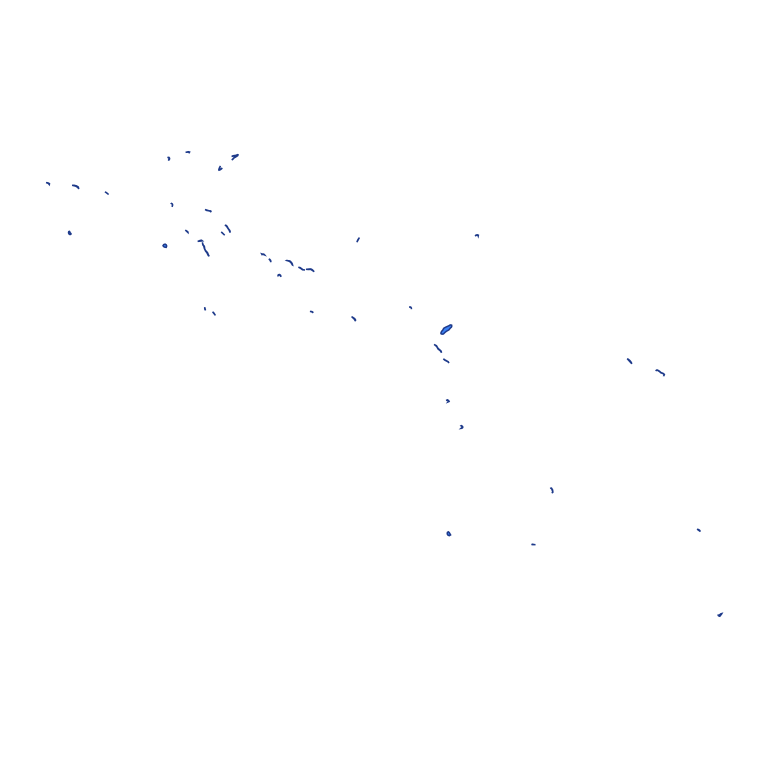 outline of Tuamotu-Gambier
{"feature_id": "PYF-4965", "entity_name": "Tuamotu-Gambier", "entity_type": "state/province", "adm_level": 1, "iso_a3": "PYF", "parent_name": "French Polynesia", "parent_adm1": "", "projection": "albers", "projection_center": [-142.294, -18.652], "detail": "fine", "context": "isolated", "style": "filled", "palette": "blue", "viewbox_px": 768, "rotation_deg": 0, "n_neighbors": 0, "source": "natural_earth", "source_scale": "10m", "svg_char_len": 5087}
<svg xmlns="http://www.w3.org/2000/svg" viewBox="0 0 768 768"><path d="M448.9,329.9L446.4,331.3L444.9,332.5L443.5,333.9L443.0,334.1L442.2,334.1L441.4,334.0L441.0,333.7L440.9,333.1L441.1,332.4L441.7,331.2L442.7,330.2L443.7,328.3L445.6,327.2L449.2,325.6L450.2,324.9L451.6,325.1L451.8,326.1L451.4,327.2L450.4,328.0L448.9,329.9ZM447.4,532.4L448.3,531.8L449.2,532.5L450.6,534.9L449.3,535.7L448.0,535.2L447.2,533.9L447.4,532.4ZM163.7,244.6L165.1,244.1L166.2,244.8L166.7,246.0L166.2,247.4L164.8,247.2L163.6,246.6L163.0,245.7L163.7,244.6ZM209.3,256.2L208.3,255.6L206.8,252.6L205.6,251.2L204.4,248.7L203.7,246.0L202.8,244.9L202.4,242.3L202.6,243.2L203.0,244.4L203.5,245.4L204.1,245.9L204.4,246.5L204.8,249.2L205.2,249.8L205.3,250.2L207.5,252.6L208.7,255.5L209.3,256.2ZM70.0,234.6L68.9,233.9L68.5,232.8L68.7,231.7L69.3,231.3L69.6,231.5L70.2,232.8L70.6,233.2L71.0,233.6L71.0,234.1L70.6,234.4L70.0,234.6ZM231.8,160.0L234.2,157.5L236.4,156.2L237.5,155.1L236.3,155.6L234.1,155.9L231.7,156.5L232.6,155.9L233.8,155.6L236.0,155.3L237.1,154.8L237.7,154.6L238.0,154.7L237.9,155.3L237.8,155.6L236.8,156.3L235.2,157.3L234.7,157.5L234.2,157.8L232.7,159.4L231.8,160.0ZM441.5,352.7L440.3,350.8L438.0,349.0L436.9,346.9L436.3,346.2L434.1,344.4L434.6,344.7L436.5,345.7L437.8,348.0L438.9,349.1L440.1,350.1L441.2,351.2L441.5,352.7ZM718.2,615.1L719.2,615.1L720.8,613.8L721.9,613.5L721.5,614.2L719.8,616.3L719.3,616.2L718.9,616.0L718.2,615.5L718.2,615.1ZM78.8,189.0L78.4,188.3L77.8,187.6L76.8,186.8L75.5,186.1L72.1,185.3L74.3,185.3L76.6,185.9L78.3,187.0L78.8,189.0ZM314.2,271.7L310.8,269.4L308.2,269.5L306.0,269.3L310.3,268.9L311.5,269.2L312.5,269.9L314.2,271.7ZM631.8,363.8L627.2,358.7L628.4,359.3L630.0,360.7L631.3,362.4L631.8,363.8ZM230.1,232.6L229.2,230.3L226.4,226.1L224.9,225.1L226.2,225.4L227.1,226.3L228.3,228.6L229.6,230.2L230.1,231.2L230.1,232.6ZM292.6,265.1L292.4,265.0L291.0,262.7L289.5,261.4L287.8,260.8L286.7,260.5L286.9,260.4L287.9,260.7L289.6,260.9L290.4,261.3L291.8,262.9L292.3,263.9L292.6,265.1ZM663.9,375.5L664.0,375.5L664.0,375.2L664.0,374.9L663.9,374.4L663.6,374.0L663.1,373.7L662.5,373.4L661.1,372.9L660.6,372.7L660.3,372.4L660.1,372.1L659.7,371.7L657.4,370.3L656.8,370.2L656.6,370.4L656.6,370.9L656.7,371.1L656.5,370.8L656.4,370.6L656.2,370.4L657.0,369.9L658.6,370.6L660.0,371.6L660.7,372.4L663.2,373.4L664.4,374.4L663.9,375.5ZM354.7,321.2L355.3,320.2L351.6,316.6L352.9,317.4L354.7,318.6L355.6,320.1L354.7,321.2ZM202.4,240.9L197.7,241.4L200.2,240.4L201.5,240.2L202.4,240.9ZM222.2,168.0L221.7,168.7L220.8,169.4L219.8,170.0L219.0,170.2L218.8,169.5L219.3,168.1L220.4,165.9L219.5,168.5L219.2,169.7L220.3,169.4L222.2,168.0ZM305.0,270.0L302.5,269.8L300.5,268.3L298.4,267.2L300.2,267.6L303.0,269.7L305.0,270.0ZM209.8,210.9L210.4,210.8L210.8,211.0L211.0,211.3L210.7,211.7L209.7,211.0L206.4,210.4L205.1,209.5L208.5,210.6L209.8,210.9ZM461.0,425.8L461.3,425.6L461.9,425.9L462.5,426.4L462.8,427.0L462.7,427.6L462.3,428.0L461.7,428.3L461.0,428.4L461.8,427.7L462.3,427.2L462.2,426.6L461.0,425.8ZM700.3,531.5L697.1,529.2L698.1,529.4L699.0,529.8L699.8,530.5L700.3,531.5ZM551.8,493.1L552.6,492.3L552.7,491.7L551.6,488.6L551.4,488.3L551.2,488.2L550.3,488.5L550.5,488.3L551.0,488.1L551.5,488.1L552.6,489.9L552.9,492.2L551.8,493.1ZM448.9,363.1L448.5,362.4L447.8,361.7L445.0,360.3L444.1,359.6L443.6,359.0L443.5,358.8L444.8,359.8L448.2,361.7L448.6,362.4L448.9,363.1ZM49.3,184.6L48.3,183.4L46.1,182.6L47.2,182.7L48.6,183.1L49.5,183.7L49.3,184.6ZM168.4,160.5L168.9,159.3L169.2,158.3L167.6,157.3L169.0,157.4L169.6,158.3L169.4,159.5L168.4,160.5ZM278.3,274.8L279.6,274.5L280.5,275.2L280.9,276.1L281.1,276.7L280.5,276.1L279.8,275.2L279.0,274.7L278.1,275.7L278.0,275.4L278.1,275.2L278.3,274.8ZM446.1,400.5L447.4,399.8L448.6,400.5L449.1,401.5L447.9,402.0L448.6,401.0L448.1,400.5L447.0,400.3L446.1,400.5ZM478.2,236.1L477.9,235.3L476.6,235.2L475.1,236.0L476.1,235.0L477.5,234.8L478.4,235.2L478.2,236.1ZM264.7,255.0L263.1,254.4L262.1,254.6L261.7,253.9L262.0,254.0L262.0,254.3L262.8,254.0L263.6,254.1L264.3,254.5L264.7,255.0ZM356.9,242.2L357.3,241.0L357.9,239.7L358.7,238.5L359.4,237.6L356.9,242.2ZM189.0,153.3L189.2,152.2L188.3,152.1L185.6,152.3L188.4,151.7L189.6,152.0L189.0,153.3ZM215.4,315.4L212.6,311.9L213.4,312.4L214.1,313.3L215.4,315.4ZM188.0,232.6L185.3,230.1L187.2,231.3L188.0,232.1L188.0,232.6ZM270.7,262.1L270.5,261.0L270.4,260.7L268.9,258.9L269.7,259.3L270.5,260.2L270.9,261.2L270.7,262.1ZM313.1,312.8L311.9,311.9L310.0,311.4L311.0,311.4L311.9,311.6L312.7,312.0L313.1,312.8ZM535.5,544.7L531.5,544.6L532.5,544.2L533.4,544.4L534.4,544.6L535.5,544.7ZM205.5,310.3L205.0,309.6L204.8,309.0L204.7,308.2L204.7,307.2L205.5,310.3ZM411.3,308.1L411.1,307.7L410.5,307.3L409.8,307.1L409.1,307.1L410.2,306.9L410.9,307.2L411.4,308.1L411.4,308.9L411.4,309.2L411.4,308.9L411.3,308.1ZM172.6,205.3L172.1,206.9L172.3,205.9L172.4,204.7L172.3,204.2L172.0,203.9L171.9,203.7L171.4,203.5L171.5,203.4L172.0,203.7L172.2,203.8L172.4,204.1L172.6,204.6L172.6,205.3ZM108.6,194.5L105.9,192.4L104.9,191.9L105.9,192.3L106.9,193.0L108.6,194.5ZM224.7,235.2L221.2,232.0L222.0,232.5L224.7,235.2Z" fill="#3b82f6" stroke="#1e3a8a" stroke-width="1.5"/></svg>